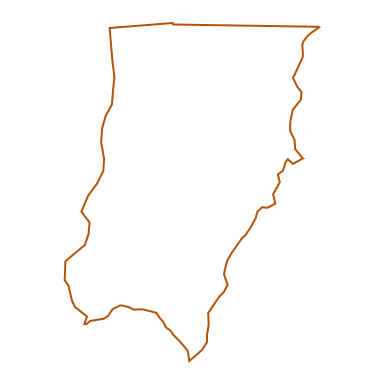 the district of Akrounta, Limassol, Cyprus
{"feature_id": "46923920B9676059299864", "entity_name": "Akrounta", "entity_type": "district", "adm_level": 2, "iso_a3": "CYP", "parent_name": "Cyprus", "parent_adm1": "Limassol", "projection": "equal_earth", "projection_center": [33.086, 34.766], "detail": "fine", "context": "isolated", "style": "outline", "palette": "amber", "viewbox_px": 384, "rotation_deg": 0, "n_neighbors": 0, "source": "geoboundaries", "source_scale": "gbopen_adm2", "svg_char_len": 1337}
<svg xmlns="http://www.w3.org/2000/svg" viewBox="0 0 384 384"><path d="M172.7,23.0L109.6,28.0L112.6,63.0L114.5,77.2L113.4,86.5L111.9,104.4L105.6,116.2L102.2,127.9L101.1,142.2L104.1,158.8L103.3,171.0L97.0,183.6L88.1,195.8L81.4,211.6L89.6,222.6L88.5,234.4L84.8,245.0L74.7,253.5L65.4,261.2L64.7,280.3L68.4,285.6L72.1,301.0L75.1,307.1L87.0,316.5L84.4,324.1L86.8,323.9L90.0,321.0L96.5,319.9L103.5,318.8L108.0,316.0L110.9,311.7L112.9,308.9L119.8,305.6L121.8,305.4L129.5,307.4L133.4,309.6L142.5,309.3L156.1,312.7L159.7,318.0L163.4,321.9L165.7,327.1L170.0,330.3L170.8,330.9L173.4,335.0L178.9,340.4L181.9,343.8L187.6,350.6L188.7,356.8L189.2,361.0L193.0,357.9L202.1,349.9L207.0,342.0L207.0,335.3L208.7,324.5L208.2,313.0L218.9,297.1L223.7,292.2L227.7,284.9L224.0,274.5L225.3,267.7L227.3,260.5L231.6,253.0L242.1,238.0L245.2,235.5L250.4,227.7L255.6,218.3L257.3,211.8L262.2,207.3L267.7,207.7L274.6,204.0L275.3,203.7L274.9,201.9L273.1,194.2L277.1,187.2L279.8,182.1L277.8,174.5L282.9,170.7L285.7,162.0L287.8,159.2L293.0,163.9L302.5,158.6L302.9,158.4L302.7,158.3L295.2,149.1L294.5,139.7L290.2,131.0L290.2,122.4L292.6,110.1L300.9,99.5L301.5,92.0L297.3,86.8L293.0,78.1L302.5,57.7L303.0,54.5L302.6,50.0L302.3,45.4L303.3,41.5L307.6,36.0L311.6,32.5L319.3,27.3L318.5,26.7L318.4,26.8L173.2,24.5L172.7,23.0Z" fill="none" stroke="#b45309" stroke-width="2"/></svg>